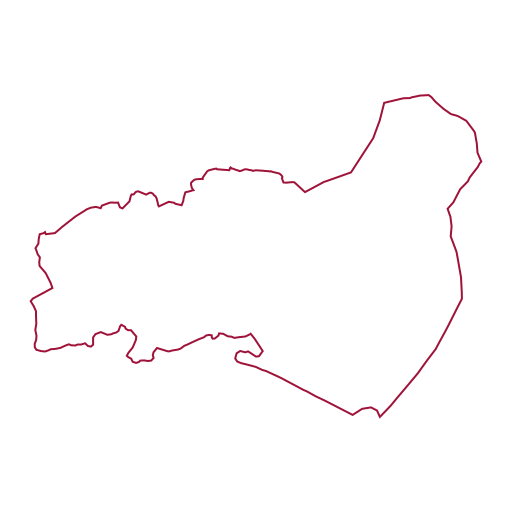 Al Makhrim, Homs (Hims), Syria (Albers equal-area conic projection)
{"feature_id": "27442178B17685723948764", "entity_name": "Al Makhrim", "entity_type": "district", "adm_level": 2, "iso_a3": "SYR", "parent_name": "Syria", "parent_adm1": "Homs (Hims)", "projection": "albers", "projection_center": [37.338, 34.825], "detail": "fine", "context": "isolated", "style": "outline", "palette": "rose", "viewbox_px": 512, "rotation_deg": 0, "n_neighbors": 0, "source": "geoboundaries", "source_scale": "gbopen_adm2", "svg_char_len": 5022}
<svg xmlns="http://www.w3.org/2000/svg" viewBox="0 0 512 512"><path d="M379.9,416.9L385.7,410.9L390.7,405.7L392.5,403.5L397.2,397.8L410.4,382.2L411.0,381.4L414.9,376.8L417.9,373.2L421.6,368.0L427.2,360.2L435.7,349.1L436.5,347.6L439.4,342.1L445.2,331.5L448.1,326.0L454.8,312.7L456.4,309.5L461.9,298.8L461.8,292.7L461.0,277.2L457.9,259.5L456.5,251.8L452.8,241.9L451.3,238.0L450.7,236.4L451.2,230.9L451.6,226.4L450.4,216.6L449.3,213.7L448.9,212.4L447.6,208.8L453.4,202.3L458.5,192.4L460.2,189.2L465.5,183.8L467.9,181.3L468.7,179.5L469.8,177.3L477.8,167.0L478.8,165.1L479.7,163.3L481.3,161.6L480.8,160.5L477.5,152.7L476.8,143.5L474.9,132.6L473.7,130.6L466.3,120.8L457.7,116.0L455.7,115.4L451.0,114.1L443.7,109.0L439.8,105.6L435.6,101.9L433.9,100.0L431.5,97.2L431.3,97.0L428.7,95.1L419.6,95.6L419.0,95.8L417.7,96.1L411.8,97.3L409.8,98.1L407.9,98.1L406.1,98.2L405.2,98.2L404.8,98.2L402.7,98.4L401.5,98.7L400.6,98.9L398.2,99.5L396.6,99.9L395.8,100.1L395.3,100.2L393.5,100.6L392.4,100.9L390.2,101.4L387.2,102.1L386.5,102.3L385.2,102.6L384.9,102.7L384.2,102.8L381.9,111.9L379.7,120.6L377.9,125.4L373.2,138.2L369.8,143.4L351.0,172.4L326.8,181.0L324.0,181.9L305.0,192.1L298.5,186.1L294.5,182.4L292.6,182.1L291.9,182.2L291.5,182.2L286.8,182.6L286.7,182.7L283.5,182.5L283.0,181.4L283.0,181.2L282.5,179.9L281.9,178.1L282.3,177.5L282.4,177.2L282.4,176.7L281.7,175.6L280.6,174.5L280.2,174.2L279.2,173.5L272.2,171.8L270.8,171.2L270.0,171.5L269.8,171.5L268.7,171.2L268.3,171.1L266.8,171.1L263.7,170.8L259.6,170.5L259.3,170.5L256.0,170.3L255.3,170.4L254.1,170.6L252.9,170.9L252.0,170.4L251.9,170.4L249.8,170.0L249.4,170.0L247.5,169.5L246.7,169.3L244.7,169.3L242.9,170.1L242.0,170.5L241.1,170.8L240.2,171.0L239.3,171.1L238.6,170.6L237.9,170.4L237.2,170.3L237.1,170.2L235.5,169.7L235.4,169.7L235.2,169.6L233.8,169.0L233.3,168.8L233.0,168.7L232.7,168.6L231.7,168.5L231.4,168.2L230.8,167.6L230.5,167.4L230.1,168.0L229.3,170.2L229.1,170.2L225.7,169.9L223.8,169.8L218.9,169.4L218.2,169.4L217.5,169.3L217.4,169.3L217.1,169.2L216.9,169.2L216.3,168.6L215.8,168.7L215.6,168.7L214.9,168.8L214.4,168.9L213.6,169.1L208.8,170.3L207.6,171.1L207.1,171.4L205.7,173.4L202.9,177.4L202.7,178.1L202.7,179.0L201.7,178.9L201.2,178.9L200.7,179.0L199.8,179.0L198.3,179.1L197.0,179.2L196.8,179.2L196.2,179.3L194.5,179.7L193.9,180.2L192.9,181.0L192.1,181.8L191.6,182.1L191.2,182.6L191.0,183.6L191.1,185.0L191.5,186.5L191.8,187.8L192.4,188.8L193.0,189.7L193.4,190.2L192.3,190.4L191.0,190.9L190.0,191.2L189.1,191.4L188.0,191.7L186.4,192.0L185.3,192.4L183.7,197.9L183.3,200.7L183.3,200.9L181.6,205.2L175.4,203.8L174.2,202.8L168.8,201.8L158.9,206.4L158.3,205.4L158.0,204.3L157.8,203.3L157.6,202.2L157.4,201.4L157.0,200.2L156.8,199.2L156.5,198.1L156.1,197.5L155.6,196.4L153.8,195.1L153.3,194.2L152.9,193.7L151.6,193.0L151.3,192.8L149.9,192.7L146.0,194.6L145.2,194.2L138.2,191.3L136.0,191.8L134.8,193.0L134.1,194.0L133.3,194.5L131.6,194.4L131.3,195.0L131.2,195.2L130.9,195.6L129.5,201.3L122.5,208.4L121.9,208.2L120.8,207.7L120.0,207.4L119.6,206.4L119.3,205.8L118.8,204.5L118.4,203.5L118.1,202.6L117.3,202.7L116.6,202.7L115.3,202.7L114.3,202.7L113.1,202.6L111.9,202.5L110.9,202.5L109.6,202.8L108.4,203.2L107.7,203.5L106.7,203.8L105.9,204.1L105.4,204.3L104.4,204.7L103.5,205.0L102.7,205.3L101.8,205.7L101.5,206.4L100.7,208.2L96.0,206.9L90.8,207.7L86.4,209.5L84.7,210.7L75.7,216.3L68.6,221.8L62.0,227.0L59.5,229.2L54.9,233.1L45.8,234.2L45.0,232.1L43.5,233.2L39.7,234.2L38.7,239.2L38.4,243.6L35.5,248.2L36.6,251.0L37.7,254.3L39.9,257.4L39.2,262.2L39.6,266.0L45.7,273.1L50.6,282.8L52.4,288.0L32.8,298.6L30.7,301.2L33.9,306.5L36.0,311.3L36.0,315.7L36.3,323.7L35.3,330.0L36.5,335.8L36.1,340.2L34.7,343.8L34.8,347.3L36.4,349.8L41.2,351.1L45.1,351.5L49.1,350.1L50.5,349.3L56.0,348.8L60.6,347.8L65.1,345.7L68.9,344.3L71.3,345.3L75.4,345.5L77.6,344.5L81.2,344.5L85.1,343.3L87.9,346.0L90.9,346.6L91.3,346.2L93.1,344.7L93.1,337.4L95.5,334.1L97.9,333.2L100.8,332.1L107.4,334.8L111.6,334.2L113.0,333.4L116.3,332.5L118.5,330.9L119.7,327.5L120.1,326.3L121.3,324.8L125.1,326.9L125.6,328.6L128.0,330.2L131.0,330.2L134.0,333.8L136.3,336.5L135.9,339.9L133.9,344.7L132.6,347.6L128.4,352.8L126.8,355.8L128.4,357.2L131.2,358.7L132.7,361.8L136.1,362.9L138.9,362.0L140.3,360.6L144.2,360.4L147.8,361.0L151.2,360.6L153.6,357.9L152.8,355.4L153.5,352.3L157.0,348.0L159.9,348.9L167.7,351.3L169.5,351.3L171.7,350.6L174.0,350.2L177.8,349.6L180.6,348.6L184.3,345.8L187.3,344.6L192.1,342.3L198.0,339.6L199.7,338.9L203.9,337.3L206.1,335.5L209.0,334.9L211.7,335.3L211.8,337.4L212.6,338.7L214.8,338.5L216.2,337.4L218.4,335.6L219.1,333.4L223.2,333.8L227.8,336.3L231.7,336.7L234.3,337.9L239.5,337.1L245.4,336.5L250.5,334.0L250.7,333.8L254.6,338.7L259.5,346.1L262.7,351.1L259.0,356.2L256.0,356.6L248.1,351.4L245.3,352.3L240.2,351.0L236.6,353.3L235.2,358.5L237.2,361.5L241.0,363.1L246.3,364.4L252.5,366.0L255.8,366.9L262.4,370.0L266.0,371.0L281.1,378.0L303.4,389.9L306.7,391.3L315.7,396.3L325.4,400.9L352.6,414.9L362.2,408.8L371.0,407.4L377.0,410.5L379.9,416.9Z" fill="none" stroke="#9f1239" stroke-width="2"/></svg>